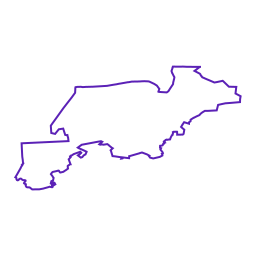 Sīļukalna pag., Riebinu, Latvia (Equal Earth projection)
{"feature_id": "27541924B52460704255524", "entity_name": "Sīļukalna pag.", "entity_type": "district", "adm_level": 2, "iso_a3": "LVA", "parent_name": "Latvia", "parent_adm1": "Riebinu", "projection": "equal_earth", "projection_center": [26.662, 56.5], "detail": "fine", "context": "isolated", "style": "outline", "palette": "violet", "viewbox_px": 256, "rotation_deg": 0, "n_neighbors": 0, "source": "geoboundaries", "source_scale": "gbopen_adm2", "svg_char_len": 5208}
<svg xmlns="http://www.w3.org/2000/svg" viewBox="0 0 256 256"><path d="M65.8,170.2L68.0,168.6L67.7,166.5L67.8,165.8L70.3,164.2L70.5,164.2L69.7,162.1L68.7,159.3L69.2,158.8L69.4,158.6L70.4,157.4L70.5,157.3L70.2,157.0L70.0,156.4L71.1,155.9L71.1,155.7L71.3,155.7L73.4,154.3L73.7,154.1L79.6,152.0L80.2,151.7L81.2,152.7L81.1,152.8L81.1,153.0L80.9,153.2L80.4,153.5L80.2,153.6L80.2,153.8L80.0,154.0L79.7,154.3L79.4,154.3L77.9,155.4L80.8,157.6L82.3,157.1L83.8,155.3L85.3,154.5L85.5,154.4L85.5,154.2L86.5,152.2L86.6,151.7L85.4,151.2L85.1,151.0L81.8,149.5L78.6,148.1L77.8,147.6L80.1,145.9L81.3,145.1L81.5,144.8L98.0,141.7L98.6,141.6L101.0,141.2L102.2,141.8L99.3,144.3L99.5,144.4L100.2,144.7L102.1,144.4L102.8,144.6L103.5,144.7L105.4,144.4L107.3,144.1L108.6,145.0L109.4,145.8L111.9,147.8L112.5,148.2L112.7,148.3L110.7,150.2L110.8,150.3L112.0,154.4L112.2,155.0L112.5,156.1L115.3,156.4L119.2,157.0L119.9,157.1L121.9,157.3L121.3,158.6L122.6,158.4L123.5,157.5L129.1,158.2L129.2,156.2L129.3,156.2L139.4,153.3L139.5,153.2L142.0,152.5L147.3,154.5L147.2,154.5L149.4,155.7L149.0,156.2L149.6,156.9L149.9,157.5L150.3,157.7L151.6,158.0L152.6,158.3L153.4,158.4L159.8,156.9L162.4,155.5L162.4,155.4L162.1,155.0L162.5,154.1L162.1,153.8L162.0,153.7L162.9,153.1L162.5,152.1L160.7,149.9L160.4,149.5L161.1,148.2L160.0,147.7L160.1,145.8L160.8,145.7L161.7,145.6L162.6,145.3L162.9,144.7L163.1,144.0L163.5,143.4L164.2,143.5L164.3,143.3L164.5,142.7L164.8,142.6L164.2,142.0L164.5,141.6L164.1,141.3L165.4,140.3L165.8,140.0L165.8,139.9L166.6,139.6L167.2,139.8L168.1,139.6L170.1,139.4L170.7,137.5L171.7,135.7L171.8,135.3L172.6,134.9L172.7,134.3L172.9,133.8L172.8,133.4L173.1,132.8L172.9,132.1L173.4,131.8L177.0,131.7L177.1,131.8L177.1,132.4L177.2,134.7L182.7,134.6L183.4,134.1L183.6,133.8L184.3,129.7L181.8,127.6L181.1,126.9L181.4,126.5L182.4,124.7L182.5,124.7L184.0,122.3L184.1,122.2L189.0,123.7L189.0,122.3L190.5,121.3L190.6,121.0L190.6,119.7L193.3,118.0L193.5,117.8L193.8,117.8L196.5,116.4L199.2,115.2L199.4,115.1L200.4,114.0L200.5,113.8L202.3,112.4L204.8,110.9L207.2,110.9L216.7,110.4L218.1,104.9L222.1,104.0L225.4,103.3L230.8,102.9L240.0,102.1L240.1,99.2L240.6,96.2L235.5,93.5L236.1,88.4L236.1,88.0L236.2,87.5L236.3,86.9L228.9,86.7L223.5,81.5L222.7,80.8L221.0,81.2L216.2,82.2L214.3,82.5L213.5,82.1L208.6,80.0L207.6,79.6L204.6,78.3L204.0,78.0L202.3,77.3L202.1,77.1L202.0,76.8L201.8,76.5L201.6,76.4L201.5,76.1L201.3,75.9L201.1,75.8L200.6,75.0L200.4,74.4L200.0,73.9L199.8,73.7L194.5,70.9L196.4,69.5L198.7,67.7L198.9,67.4L199.0,67.4L200.0,67.0L200.0,66.9L193.8,66.9L190.5,66.8L186.9,66.8L182.9,66.6L179.4,66.7L172.9,66.6L172.5,67.5L172.6,67.8L172.4,68.4L171.5,71.0L172.2,73.1L172.3,73.1L173.5,75.6L174.4,77.2L174.4,77.3L174.0,79.4L173.9,79.5L173.6,81.0L173.4,81.6L173.1,83.1L173.1,83.9L172.9,84.4L172.4,85.1L170.4,88.1L168.4,91.2L166.9,92.3L166.7,92.4L163.5,92.2L161.8,92.1L160.5,92.0L160.1,92.0L158.6,91.8L158.4,91.7L159.3,88.9L159.2,88.8L156.9,85.6L154.2,83.9L149.8,81.8L148.7,81.4L144.5,81.2L141.7,81.3L140.5,81.4L137.9,81.5L131.8,81.6L128.7,82.2L128.0,82.2L126.3,82.5L119.5,83.7L119.2,83.7L116.4,84.3L115.0,84.5L112.5,84.9L106.8,85.9L106.4,85.9L93.1,86.7L89.4,86.8L85.7,86.9L82.9,87.1L82.7,87.1L80.9,86.8L77.3,86.9L75.5,87.2L75.3,88.0L75.3,89.2L75.1,92.8L74.5,93.6L71.9,97.2L66.6,104.0L63.5,108.0L55.6,119.0L52.7,123.0L50.8,125.7L51.3,133.0L55.1,133.9L58.8,129.3L63.2,128.6L65.2,134.9L67.1,135.2L67.4,135.1L67.5,135.6L67.5,135.8L67.8,136.8L68.1,137.7L68.5,141.1L21.6,143.3L22.2,155.5L22.3,156.9L22.7,159.6L23.1,163.6L22.9,163.8L23.0,163.8L22.6,164.5L22.4,164.7L22.0,165.4L22.1,165.5L21.5,166.3L20.8,167.6L20.7,168.0L16.9,174.7L15.4,177.2L15.7,177.3L16.0,177.6L16.4,178.0L16.4,178.7L16.5,179.3L16.7,179.6L16.8,179.8L16.9,180.0L17.3,180.2L17.5,180.3L18.1,180.2L18.4,180.1L18.6,179.9L19.0,179.4L19.1,179.2L19.4,179.0L20.0,178.7L20.5,178.6L21.1,178.7L21.6,179.1L21.9,179.4L22.2,179.7L23.1,180.1L23.5,180.2L24.1,180.1L25.3,180.3L25.5,180.4L25.6,180.6L25.6,180.9L25.4,181.2L25.2,181.3L25.0,181.7L24.9,181.8L24.6,182.3L24.2,182.7L24.1,182.9L24.0,183.2L24.1,183.3L24.3,183.5L24.9,183.9L25.6,184.1L25.8,184.2L25.8,184.3L25.9,184.5L25.7,185.4L25.7,185.7L25.8,185.9L25.9,186.1L26.1,186.4L26.3,186.8L26.5,187.0L26.9,187.2L27.3,187.3L29.4,187.4L29.6,187.4L29.8,187.5L30.0,187.7L30.6,188.1L30.8,188.3L31.4,188.8L32.2,189.4L33.5,189.4L36.2,189.3L36.9,189.3L39.4,189.3L43.2,188.6L44.2,188.3L48.5,187.1L49.7,186.7L51.1,187.1L52.2,187.2L52.4,187.0L52.7,186.8L52.7,186.7L52.0,186.0L52.0,185.6L52.4,185.4L53.0,185.4L53.3,185.4L53.7,185.3L54.8,184.6L55.1,184.4L55.3,184.3L55.2,184.1L55.0,183.8L54.5,182.8L54.3,182.7L53.7,182.6L53.3,182.5L53.1,182.6L53.3,182.9L52.9,183.1L53.0,183.2L53.3,183.2L53.4,183.3L53.3,183.5L53.1,183.8L52.9,183.9L52.3,184.0L51.9,184.1L51.6,184.1L51.2,183.8L51.1,183.4L50.8,183.3L51.3,181.4L51.4,181.1L52.0,180.9L52.8,180.6L53.0,180.5L53.0,180.4L53.1,180.2L53.4,178.7L53.5,178.4L53.6,177.9L53.4,177.6L53.3,177.4L52.9,177.0L52.5,176.2L51.8,175.3L51.2,174.5L50.9,174.1L51.8,172.8L52.4,172.2L52.6,172.0L52.9,171.9L55.2,171.4L56.9,171.0L57.3,170.9L58.2,170.6L58.5,170.6L58.8,170.7L59.1,171.0L59.2,171.3L59.9,172.3L60.2,172.5L60.5,172.5L63.0,171.9L63.4,171.8L63.7,171.6L64.3,171.1L65.8,170.2Z" fill="none" stroke="#5b21b6" stroke-width="2"/></svg>